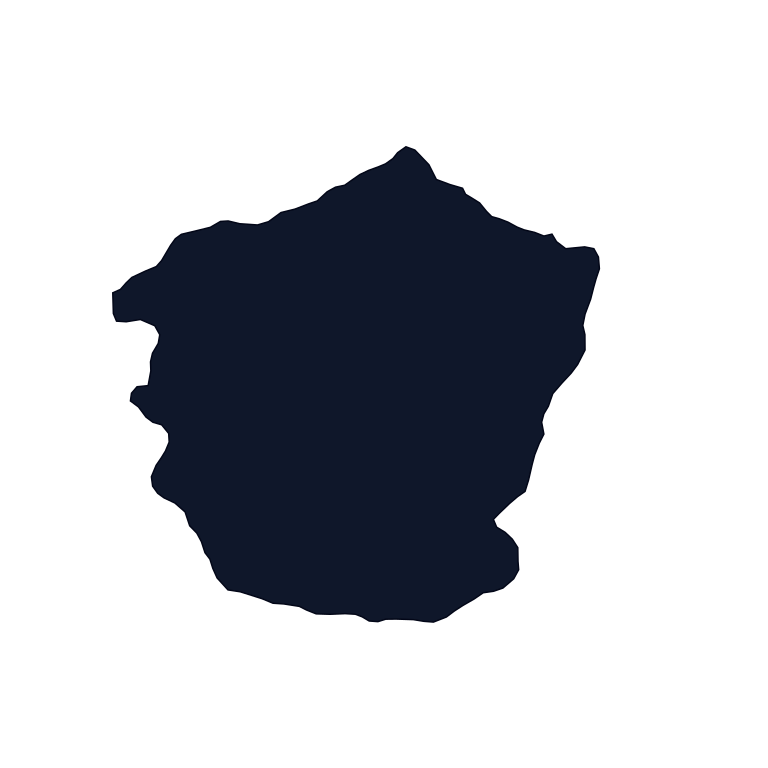 outline of Tarumã, São Paulo, Brazil, rotated 237°
{"feature_id": "56859067B95446673661662", "entity_name": "Tarumã", "entity_type": "district", "adm_level": 2, "iso_a3": "BRA", "parent_name": "Brazil", "parent_adm1": "São Paulo", "projection": "orthographic", "projection_center": [-50.598, -22.773], "detail": "fine", "context": "isolated", "style": "filled", "palette": "ink", "viewbox_px": 768, "rotation_deg": 237, "n_neighbors": 0, "source": "geoboundaries", "source_scale": "gbopen_adm2", "svg_char_len": 1971}
<svg xmlns="http://www.w3.org/2000/svg" viewBox="0 0 768 768"><g transform="rotate(237 384 384)"><path d="M459.8,176.5L452.3,172.2L446.8,164.2L443.3,156.8L439.9,148.6L432.9,138.4L424.3,134.3L415.6,134.7L408.3,137.5L398.1,143.8L385.0,147.5L370.9,143.8L360.9,145.8L351.2,145.0L340.0,142.0L331.9,142.6L322.5,140.0L312.2,138.4L296.3,141.0L288.0,150.3L270.5,164.7L260.6,171.5L254.1,180.2L243.6,191.9L236.7,195.9L228.2,201.9L220.3,213.3L212.6,226.3L206.5,234.6L200.6,238.9L193.3,242.5L188.0,249.5L185.8,257.4L180.3,266.1L170.4,280.3L163.3,288.1L157.4,295.8L154.6,309.4L155.3,319.4L155.3,329.6L154.6,342.6L154.9,353.5L150.5,363.0L148.1,372.6L150.0,386.7L154.9,395.8L162.1,399.7L173.9,407.1L184.0,407.1L193.6,404.8L202.6,400.5L210.9,402.0L212.7,409.9L215.4,424.1L216.8,434.7L217.1,443.8L224.8,453.0L236.1,464.7L242.6,471.9L249.8,482.0L254.9,490.8L266.1,495.4L271.9,501.8L275.8,509.7L284.0,520.3L287.9,533.8L291.2,547.0L294.9,557.0L303.0,571.1L316.0,579.4L324.8,582.6L333.1,590.7L342.6,603.5L350.9,612.5L356.7,619.1L363.3,627.4L373.7,633.0L383.2,633.7L389.7,627.0L398.5,610.1L409.4,606.2L418.2,606.5L421.0,598.7L429.1,592.9L437.0,585.4L443.1,581.1L452.3,576.1L459.9,570.6L465.7,565.5L472.9,564.0L483.8,562.8L492.2,558.9L498.7,555.7L505.4,556.5L515.4,547.9L527.0,539.3L543.4,541.1L563.4,537.3L571.0,531.6L570.6,521.5L568.2,514.3L567.8,505.2L569.2,497.5L571.5,487.6L572.8,478.0L572.5,468.4L572.1,459.3L575.5,450.5L576.2,441.2L573.9,427.7L576.2,418.6L579.2,404.5L583.9,391.0L583.0,375.6L586.3,364.5L592.2,356.7L596.9,350.4L605.6,342.1L609.4,335.4L610.0,323.7L615.2,308.7L619.9,295.6L619.5,288.2L616.6,280.7L608.6,264.6L606.5,257.0L608.6,245.7L610.7,230.6L609.3,223.1L606.9,214.5L608.2,206.2L590.5,195.4L582.4,193.9L576.6,201.7L570.8,214.8L557.7,223.5L547.5,222.8L541.0,216.8L535.9,206.6L529.7,200.2L522.0,195.6L511.1,185.3L516.2,175.4L513.8,167.2L507.9,162.1L498.5,165.6L485.8,166.4L477.7,169.4L470.9,175.3L459.8,176.5Z" fill="#0f172a" stroke="#020617" stroke-width="1.5"/></g></svg>